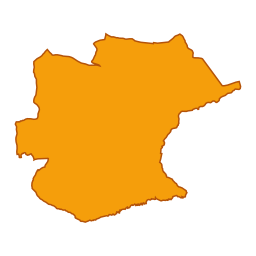 Poiana Sibiului, Alba, Romania
{"feature_id": "2599482B41231020029051", "entity_name": "Poiana Sibiului", "entity_type": "district", "adm_level": 2, "iso_a3": "ROU", "parent_name": "Romania", "parent_adm1": "Alba", "projection": "equal_earth", "projection_center": [23.723, 45.806], "detail": "fine", "context": "isolated", "style": "filled", "palette": "amber", "viewbox_px": 256, "rotation_deg": 0, "n_neighbors": 0, "source": "geoboundaries", "source_scale": "gbopen_adm2", "svg_char_len": 5792}
<svg xmlns="http://www.w3.org/2000/svg" viewBox="0 0 256 256"><path d="M145.6,203.7L146.2,203.6L146.3,203.2L146.0,202.9L146.1,202.1L146.4,201.8L146.7,200.7L147.5,199.9L148.8,199.5L150.2,200.0L151.5,198.8L151.9,199.3L152.7,198.9L153.4,199.0L154.2,199.4L155.3,199.3L155.5,197.6L156.3,198.7L160.6,200.7L161.4,200.8L163.1,200.2L165.7,200.4L166.8,199.9L167.4,200.3L167.9,200.2L168.2,200.0L167.8,199.7L168.9,199.0L169.4,199.5L170.7,199.1L170.6,199.5L171.1,199.6L172.7,197.6L172.9,196.6L176.4,195.5L176.9,195.6L177.3,196.3L177.8,196.7L178.5,196.6L179.6,196.9L180.6,197.7L182.6,197.9L182.1,196.7L183.6,197.2L185.3,196.8L185.6,194.9L186.8,192.9L186.9,192.5L186.3,191.9L186.2,190.8L186.0,190.6L181.7,187.7L180.7,187.5L179.9,187.0L179.0,187.0L177.5,185.8L176.4,183.6L175.4,183.1L172.7,180.3L172.4,179.3L168.7,177.6L166.8,177.1L166.4,176.2L166.4,175.3L166.1,175.2L165.7,174.0L165.2,173.7L164.5,172.6L163.6,172.1L163.6,171.6L163.2,171.3L162.7,170.3L162.6,168.6L162.0,167.7L162.0,165.8L161.7,165.2L161.8,164.7L161.5,164.0L160.2,162.6L159.7,162.4L160.7,158.9L161.8,153.6L160.6,153.4L160.9,150.4L160.9,149.2L161.2,148.6L162.3,147.5L162.3,147.1L161.9,146.3L163.8,145.3L164.5,143.8L164.2,143.2L164.5,142.7L164.4,142.3L164.1,141.7L163.4,140.9L164.8,138.8L166.2,137.4L167.9,134.5L169.2,133.4L169.9,132.4L170.4,132.0L170.7,131.5L170.6,130.3L171.1,130.1L171.5,129.2L172.9,128.5L176.0,127.9L176.6,127.6L177.7,125.4L178.2,125.2L178.3,124.2L178.8,123.5L178.7,121.2L179.0,118.9L178.5,116.9L178.5,115.4L179.0,114.1L180.8,112.2L181.2,111.6L182.2,111.3L186.4,111.4L187.9,110.9L192.3,110.3L192.9,109.5L193.4,109.2L194.2,109.0L195.1,108.5L195.9,108.4L197.4,108.4L197.6,108.6L197.8,109.2L198.0,109.4L198.4,109.3L198.7,109.1L198.6,108.3L199.1,107.2L200.5,106.5L202.6,106.5L203.9,105.9L205.1,104.7L205.9,103.4L207.2,102.6L208.8,102.4L210.4,102.7L211.3,102.3L212.5,101.2L213.8,101.0L214.5,101.1L216.1,102.4L216.8,102.4L218.8,100.9L219.3,100.0L219.4,98.8L220.9,97.3L222.4,96.5L225.3,95.4L227.7,93.4L231.1,92.8L231.7,92.4L232.9,90.8L234.0,90.4L234.7,89.5L235.4,89.1L238.6,89.4L239.1,89.4L240.2,88.6L240.6,86.4L239.2,81.5L235.9,82.2L227.6,85.1L223.9,85.8L222.2,85.7L202.5,58.9L201.5,58.4L198.2,57.9L194.1,57.8L192.8,57.1L192.9,54.6L193.2,53.0L192.3,50.8L191.4,50.0L188.3,48.4L188.0,48.0L187.3,46.9L187.2,45.6L186.1,43.4L185.2,42.2L185.0,40.6L183.7,38.4L183.4,37.4L182.3,35.8L179.9,34.1L177.5,35.3L176.1,35.7L174.7,36.5L173.1,38.3L169.2,41.4L168.7,42.0L157.5,43.2L153.6,42.6L153.3,43.2L153.3,43.6L140.9,42.3L137.0,41.4L134.8,40.8L134.1,40.1L132.2,38.8L129.6,38.8L126.1,39.2L124.9,39.0L123.9,38.5L122.8,38.3L119.5,38.2L117.5,37.7L116.7,37.8L113.7,36.9L111.4,36.9L108.4,35.5L105.9,33.9L105.8,35.1L104.7,39.5L100.2,40.2L98.8,40.7L95.6,42.0L94.3,42.9L93.6,43.9L96.4,47.8L96.9,48.8L96.9,50.0L96.8,50.7L96.0,52.1L95.4,55.0L94.7,56.0L93.1,59.6L91.8,61.2L91.7,61.8L92.0,62.4L93.1,63.1L98.2,64.7L99.5,65.4L99.8,65.9L97.8,65.3L96.5,65.1L89.0,65.3L85.6,64.0L81.4,63.1L77.7,61.2L73.0,58.1L71.3,57.3L69.1,56.6L63.1,56.1L61.6,55.6L57.4,54.8L55.6,54.8L53.3,55.2L52.2,55.0L51.5,54.0L49.7,52.4L47.3,49.5L45.2,51.6L44.5,52.7L42.8,54.4L42.0,55.6L40.2,57.0L37.1,58.7L33.9,61.6L33.8,64.0L34.3,67.2L33.7,70.2L33.6,72.2L34.4,73.4L34.9,76.5L36.4,79.2L36.4,83.0L36.9,87.4L36.0,94.6L35.6,95.7L34.8,96.9L34.2,98.4L33.8,100.3L33.8,101.9L33.9,102.3L34.7,103.1L36.9,104.6L38.6,106.8L39.2,108.0L39.4,110.0L38.0,113.9L38.0,116.3L37.7,117.5L37.1,118.6L35.4,119.2L33.8,119.3L30.7,118.8L27.4,118.7L25.8,119.1L23.6,120.4L22.5,120.4L21.8,120.9L20.4,121.0L19.8,121.8L16.3,121.9L15.5,123.6L15.4,124.3L16.5,126.4L16.6,127.3L16.4,129.3L17.0,133.0L17.0,134.0L16.0,137.5L15.9,139.3L16.1,141.8L17.0,145.3L17.1,148.5L16.8,151.6L16.9,153.1L17.1,154.4L18.6,154.2L19.2,155.8L19.3,156.7L19.2,157.1L19.4,157.4L19.9,157.6L21.3,157.4L21.0,155.5L21.1,154.8L21.6,154.5L22.3,153.4L23.3,153.4L24.1,152.8L24.8,152.7L25.5,153.0L25.8,154.1L26.2,154.5L27.6,155.2L29.3,154.7L30.6,153.9L31.2,153.9L31.8,155.0L32.4,155.5L33.2,156.8L34.1,159.3L34.0,159.9L35.0,159.4L38.0,158.8L47.8,158.4L48.2,158.5L48.3,158.7L48.1,160.4L47.6,161.8L45.2,165.3L44.8,167.1L43.3,167.3L41.4,168.3L38.8,170.4L38.4,169.8L38.1,169.7L37.6,170.2L37.1,170.9L37.1,171.4L36.4,172.2L35.4,175.0L34.0,177.0L33.2,178.6L33.3,180.0L32.9,180.4L32.0,182.9L31.8,185.9L32.1,186.9L32.2,188.5L35.8,192.1L36.3,193.2L36.7,194.4L37.4,195.7L38.8,197.0L39.9,198.4L40.6,199.0L41.9,199.6L43.9,201.2L45.8,202.1L48.6,204.2L51.2,204.7L52.2,205.4L53.6,205.7L55.8,207.3L56.5,208.3L57.2,208.7L59.1,208.8L60.2,209.4L60.9,209.1L63.1,210.1L65.1,210.0L65.4,210.2L65.8,210.8L66.9,211.1L67.4,211.4L67.7,211.8L68.8,212.3L70.3,212.4L71.6,213.6L73.0,214.0L74.7,215.5L75.2,216.6L75.2,217.6L75.6,218.1L76.5,218.3L76.8,218.7L79.9,220.1L80.4,221.0L81.0,221.3L82.5,221.3L85.3,222.1L88.5,220.9L89.7,220.2L90.1,220.2L90.7,220.6L91.5,220.8L92.7,220.3L93.5,220.4L94.0,219.8L95.7,220.0L96.3,219.1L98.7,218.3L100.8,217.1L106.7,215.7L107.9,216.1L108.7,215.6L109.1,214.6L110.3,214.6L111.4,215.1L112.7,214.7L112.9,214.1L113.2,214.1L114.2,214.9L114.7,214.9L115.8,213.9L116.6,213.6L116.5,212.5L116.8,211.9L117.8,212.3L118.0,212.0L118.3,211.9L119.0,212.5L119.1,213.0L119.4,213.0L119.4,212.4L119.9,211.7L119.6,211.2L120.5,210.7L120.0,210.4L120.0,210.1L121.2,210.1L121.4,209.7L122.9,209.3L124.2,209.1L125.1,209.3L125.6,208.8L125.7,208.3L126.7,207.8L127.3,207.0L127.7,207.3L127.6,207.7L127.7,208.2L129.6,207.6L130.7,205.7L132.1,204.8L132.5,205.3L133.4,205.2L134.8,204.1L135.8,205.5L136.1,205.3L136.1,204.8L136.4,204.6L136.8,204.8L136.5,205.1L136.7,205.3L137.6,205.3L138.1,205.2L138.2,204.8L137.8,204.7L137.6,204.3L138.4,204.1L139.3,204.3L139.1,205.2L139.3,205.3L140.5,204.6L140.4,204.2L141.1,203.3L142.0,203.5L141.5,204.0L141.3,204.4L142.2,204.9L142.5,204.8L142.6,204.3L143.3,203.0L144.2,203.9L144.5,203.3L145.6,203.7Z" fill="#f59e0b" stroke="#b45309" stroke-width="1.5"/></svg>